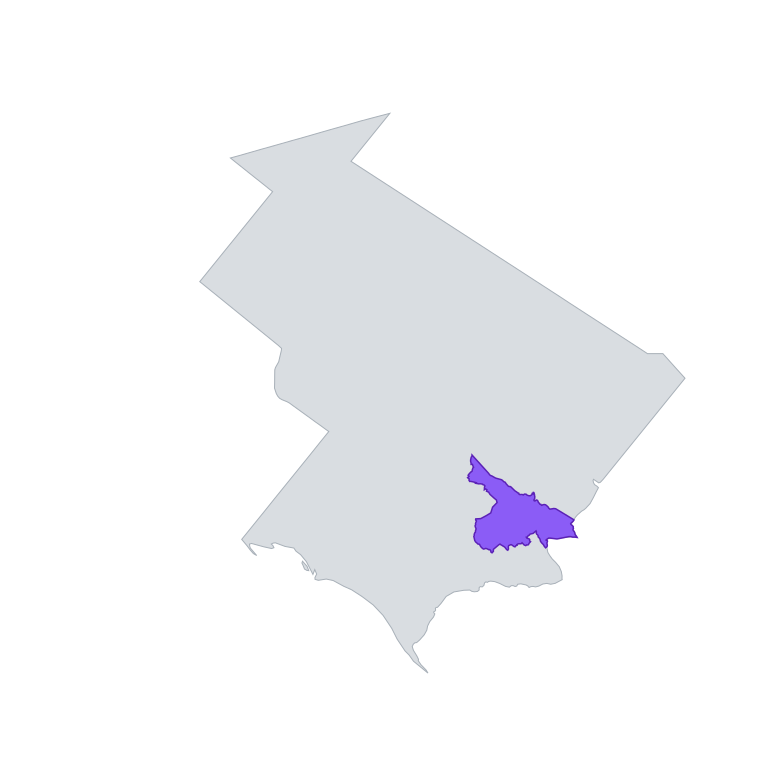 where Assaba sits in Mauritania, rotated 309°
{"feature_id": "MRT-2789", "entity_name": "Assaba", "entity_type": "Region", "adm_level": 1, "iso_a3": "MRT", "parent_name": "Mauritania", "parent_adm1": "", "projection": "natural_earth1", "projection_center": [-11.553, 16.707], "detail": "fine", "context": "in_parent", "style": "filled", "palette": "violet", "viewbox_px": 768, "rotation_deg": 309, "n_neighbors": 0, "source": "natural_earth", "source_scale": "10m", "svg_char_len": 7062}
<svg xmlns="http://www.w3.org/2000/svg" viewBox="0 0 768 768"><g transform="rotate(309 384 384)"><path d="M337.8,642.9L337.0,642.6L333.3,639.6L331.5,636.0L328.5,633.3L324.4,631.5L321.7,629.5L320.5,627.2L318.9,625.6L317.3,624.9L317.2,624.0L317.6,622.9L317.2,620.8L314.8,616.1L312.5,613.9L310.6,614.3L309.5,613.7L308.9,612.7L308.6,611.2L307.3,609.8L305.0,609.3L303.2,605.8L301.8,599.4L300.1,594.4L297.9,590.9L296.3,589.5L295.1,589.3L294.7,588.7L294.4,587.7L292.7,587.3L290.3,588.4L288.1,588.0L287.1,586.3L285.6,586.1L283.7,587.6L281.6,587.2L279.3,584.9L278.1,582.6L277.9,580.4L274.0,575.9L266.4,569.2L258.1,566.0L249.2,566.4L244.1,566.1L243.1,565.1L242.0,565.1L240.8,566.4L239.7,566.6L238.4,566.0L237.6,566.5L237.3,568.2L234.1,569.1L228.1,569.1L223.3,570.2L219.6,572.2L214.4,573.1L207.6,572.8L203.6,572.1L202.2,570.8L200.2,570.5L197.7,571.2L195.5,574.5L193.4,580.5L191.8,584.0L190.5,584.8L189.1,589.3L188.2,596.8L187.0,600.1L187.1,581.4L189.1,574.4L189.8,568.3L194.0,554.8L199.0,543.7L203.6,528.9L205.5,514.7L205.0,500.7L203.7,488.3L201.5,480.1L199.3,468.2L196.1,461.9L190.1,456.5L188.8,453.3L190.2,452.1L193.9,451.3L196.2,447.0L191.3,448.6L197.1,435.5L198.9,426.6L198.7,420.8L199.8,417.2L195.5,409.3L192.2,399.5L190.5,397.9L188.7,397.1L188.5,399.4L187.5,401.5L185.4,400.2L181.8,393.0L176.7,381.4L174.9,380.2L173.4,381.8L172.4,383.3L170.6,393.0L170.0,389.2L170.8,384.6L172.2,379.0L173.7,371.2L178.2,371.2L186.2,371.2L202.3,371.2L210.4,371.2L226.5,371.1L234.5,371.1L250.6,371.1L258.7,371.1L274.8,371.1L282.8,371.1L298.9,371.0L307.0,371.0L312.3,371.0L312.0,365.5L311.8,361.1L311.4,355.2L311.1,349.3L310.8,343.4L310.5,337.9L310.2,332.4L309.9,327.2L309.7,322.5L309.2,319.8L307.6,314.5L307.2,311.8L307.7,309.0L308.8,306.3L311.9,301.5L316.7,297.8L322.2,293.4L326.3,290.2L328.5,289.3L335.0,288.2L340.1,285.7L345.1,283.3L347.2,282.0L347.5,277.4L347.6,176.4L372.2,176.4L378.6,176.4L423.9,176.4L430.4,176.4L463.4,176.4L463.3,171.6L463.3,164.8L463.2,155.4L463.1,146.0L463.0,129.4L463.0,122.4L469.5,127.1L482.6,136.3L489.2,140.9L502.3,150.2L515.4,159.4L528.5,168.7L535.1,173.3L541.7,177.9L548.3,182.5L554.9,187.2L568.0,196.4L573.6,200.3L582.1,206.5L590.0,212.3L598.0,218.2L585.8,218.2L569.5,218.2L558.4,218.2L547.0,218.2L536.3,218.2L537.3,227.7L538.4,238.1L539.5,248.5L540.6,258.9L541.7,269.2L545.0,300.4L546.1,310.8L547.2,321.2L548.3,331.5L549.4,341.9L551.6,362.7L552.7,373.0L553.8,383.4L554.9,393.8L556.0,404.2L557.1,414.5L559.3,435.3L560.4,445.6L561.5,456.0L562.6,466.4L563.6,476.7L564.7,487.1L565.8,497.5L566.9,507.8L569.1,528.5L570.2,538.9L571.3,549.3L572.4,559.6L573.4,569.7L577.7,574.9L583.1,581.6L581.6,590.9L579.8,602.1L577.9,614.3L563.2,614.3L548.7,614.3L512.5,614.3L505.3,614.3L469.1,614.3L461.9,614.3L447.9,614.3L443.8,614.0L442.3,613.1L441.8,606.8L440.5,607.2L439.1,609.0L438.3,611.0L438.6,613.7L438.4,615.9L433.7,616.8L427.4,618.2L420.8,619.4L414.2,619.0L411.9,618.5L409.5,617.6L404.1,616.7L401.3,616.6L397.9,616.9L394.0,617.4L392.8,618.5L389.8,623.2L387.0,628.7L385.1,628.7L383.0,625.7L377.3,620.0L370.3,612.6L367.1,608.9L365.4,608.4L362.1,611.1L359.3,613.6L356.3,617.2L355.0,620.7L353.9,624.8L353.4,629.6L352.3,635.2L349.9,639.7L347.0,643.1L344.9,644.7L344.1,645.6L337.8,642.9ZM193.9,438.9L191.6,443.0L190.6,441.4L190.2,438.7L192.3,434.9L193.2,432.9L195.0,432.2L193.9,438.9Z" fill="#d9dde1" stroke="#a8b0b8" stroke-width="1"/><path d="M386.3,630.7L385.1,628.6L383.8,627.1L382.8,625.0L381.7,623.7L372.7,616.2L372.0,615.3L368.7,609.9L367.9,609.0L367.0,608.6L365.0,608.1L364.7,608.2L364.6,608.4L364.7,608.5L364.8,608.6L365.0,608.7L365.1,608.9L365.1,609.1L365.1,609.4L365.0,609.6L364.7,610.0L364.3,610.2L363.3,610.5L362.7,610.9L361.5,612.4L360.4,613.0L359.5,613.0L358.5,612.6L358.4,612.6L358.7,610.8L359.5,608.9L359.7,606.8L360.2,604.7L361.5,603.0L361.9,602.0L362.1,601.0L362.1,600.4L362.3,599.9L363.1,599.2L363.5,598.1L363.4,597.8L363.4,597.3L363.6,596.7L364.0,596.1L365.0,595.6L365.5,594.6L361.7,593.9L359.3,592.0L358.7,591.9L358.2,592.1L357.6,591.9L357.1,591.5L355.3,591.7L354.9,591.3L354.5,591.0L354.2,591.7L354.3,592.6L354.7,593.5L355.0,594.5L354.8,595.1L354.3,595.5L353.8,595.8L353.6,596.4L353.7,597.1L352.9,597.1L352.0,597.0L351.0,597.1L350.1,597.4L349.4,597.0L348.7,596.1L347.6,595.9L347.1,594.2L347.5,591.2L346.7,591.2L346.0,591.0L345.6,590.4L344.3,588.9L342.8,588.3L342.5,588.6L342.4,588.9L341.8,588.6L341.2,588.2L339.9,588.3L339.5,587.4L339.3,584.1L338.8,583.5L337.9,583.2L337.4,582.8L336.8,582.6L336.0,582.9L335.4,583.3L334.1,584.6L332.7,584.8L332.5,583.5L333.2,580.7L333.1,579.0L332.9,578.3L332.8,576.9L332.6,576.2L332.6,574.9L331.3,574.4L324.5,573.1L323.7,573.5L322.9,574.3L322.4,574.4L321.9,574.2L321.3,574.2L320.8,574.2L320.7,573.5L320.7,572.8L321.4,572.1L321.8,571.1L321.8,570.3L321.2,569.8L321.0,568.8L320.8,567.8L320.3,566.6L319.2,565.9L318.4,565.3L318.2,564.3L318.3,562.4L318.8,560.7L319.5,559.1L318.7,557.6L318.9,556.1L318.9,554.7L319.2,553.8L319.5,553.0L322.1,549.7L323.2,549.4L323.6,549.1L323.9,548.7L325.4,548.2L325.9,548.2L326.4,548.3L326.8,548.0L327.2,547.7L327.8,547.3L328.6,547.1L329.5,546.6L330.5,544.7L331.3,543.9L332.3,543.8L333.0,543.0L334.2,542.5L335.5,542.2L335.9,541.8L335.9,541.0L336.3,540.5L336.9,540.2L340.3,543.9L346.0,546.3L351.0,548.1L356.6,545.9L363.0,546.5L364.6,544.3L364.6,541.6L364.9,535.8L365.8,533.4L365.2,531.1L366.6,530.5L366.4,528.9L365.0,528.5L366.1,527.7L367.2,526.9L368.3,526.6L368.5,525.3L368.0,524.2L368.2,523.9L368.2,523.6L367.8,522.9L367.2,521.8L365.8,520.2L365.6,519.7L364.5,517.7L365.3,517.7L364.0,514.8L363.1,513.1L362.9,512.7L362.2,511.9L362.7,510.6L363.8,510.0L363.8,507.9L365.8,508.1L366.0,506.8L367.0,506.7L369.3,506.8L370.3,507.0L370.6,506.9L371.0,507.2L371.8,507.3L372.7,506.7L374.7,505.9L375.7,506.0L376.0,505.2L377.2,503.3L376.3,502.3L377.3,501.5L378.4,500.0L379.5,499.1L382.1,497.8L383.1,497.9L384.2,497.1L380.4,521.6L380.0,522.9L379.9,524.3L380.4,525.6L381.1,529.9L383.5,535.4L383.7,536.8L383.4,538.4L383.9,539.9L383.7,540.7L383.4,541.4L382.8,545.0L383.1,545.8L383.7,546.5L383.9,547.5L383.4,552.5L383.4,553.7L383.6,554.8L383.6,555.6L383.5,556.3L384.0,557.3L383.7,557.9L383.3,558.4L383.6,559.3L384.3,559.9L385.1,560.9L385.3,561.6L385.5,562.1L386.2,562.2L386.9,562.5L387.4,563.2L387.8,563.9L387.7,565.3L388.2,566.6L389.0,567.8L390.0,568.3L390.6,568.4L391.2,568.6L392.2,568.0L392.6,568.5L393.2,568.3L393.7,568.2L393.9,568.6L393.8,569.1L393.4,569.7L392.6,569.7L392.6,570.8L391.8,571.4L391.4,572.1L389.6,573.3L388.9,573.3L388.3,573.5L387.8,574.0L388.1,574.9L389.6,575.4L390.0,575.7L390.1,576.6L389.8,577.5L389.5,577.9L389.2,578.4L389.1,579.5L388.9,580.1L388.7,580.8L389.2,581.7L388.9,582.3L389.0,583.0L390.2,583.5L391.2,584.4L391.8,585.6L391.9,587.0L391.7,588.2L391.7,589.3L391.2,590.0L391.2,591.2L391.1,591.5L391.8,592.3L394.1,594.3L395.1,595.9L398.0,617.1L397.9,617.2L397.2,617.3L395.7,617.3L393.6,616.9L393.0,616.9L392.6,617.4L392.5,618.2L392.5,619.9L392.3,620.8L392.0,621.1L391.4,621.4L391.0,622.1L390.7,622.2L390.4,622.2L390.0,622.3L389.4,623.0L389.2,623.7L388.8,625.2L388.4,625.9L387.5,626.9L387.2,627.6L386.6,630.0L386.3,630.7Z" fill="#8b5cf6" stroke="#5b21b6" stroke-width="1.5"/></g></svg>